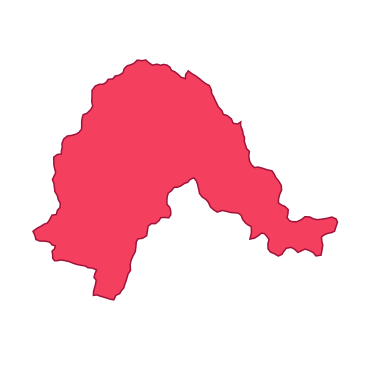 Divino, Minas Gerais, Brazil, rotated 191°
{"feature_id": "56859067B78256320871647", "entity_name": "Divino", "entity_type": "district", "adm_level": 2, "iso_a3": "BRA", "parent_name": "Brazil", "parent_adm1": "Minas Gerais", "projection": "albers", "projection_center": [-42.194, -20.579], "detail": "fine", "context": "isolated", "style": "filled", "palette": "rose", "viewbox_px": 384, "rotation_deg": 191, "n_neighbors": 0, "source": "geoboundaries", "source_scale": "gbopen_adm2", "svg_char_len": 3319}
<svg xmlns="http://www.w3.org/2000/svg" viewBox="0 0 384 384"><g transform="rotate(191 192 192)"><path d="M336.2,115.6L332.1,114.8L329.3,115.3L325.7,115.8L322.1,115.6L319.1,113.3L315.8,113.1L316.2,109.7L318.1,107.3L316.9,104.1L316.1,100.4L313.7,98.3L310.7,99.0L308.0,100.2L303.9,100.4L299.1,100.2L294.5,99.3L290.8,98.9L286.6,98.9L282.5,99.0L279.7,97.8L275.5,98.3L270.8,97.3L271.8,92.7L271.8,89.3L269.2,87.2L269.1,82.5L269.7,76.1L269.1,71.7L266.0,72.8L261.8,72.2L256.1,71.7L251.8,71.2L248.2,71.2L246.9,76.1L243.6,78.5L242.6,81.5L240.7,84.8L240.4,88.3L239.8,91.8L239.4,95.8L239.1,99.3L237.4,103.4L238.8,108.6L238.8,113.0L237.9,117.5L236.3,122.7L236.6,127.4L237.2,132.4L236.1,135.6L231.8,137.1L228.2,140.3L228.3,144.6L228.6,150.0L225.9,153.2L221.8,154.0L218.8,157.7L217.8,160.8L213.9,161.8L209.9,162.2L208.5,165.6L209.2,169.1L211.0,172.7L214.2,175.2L215.0,178.7L215.5,182.8L215.0,186.6L212.5,189.2L210.4,193.2L207.2,193.9L204.4,195.6L201.2,198.8L198.0,200.8L196.3,203.9L192.9,206.3L189.8,203.7L188.0,200.5L186.1,196.2L184.3,191.9L180.9,189.0L176.7,187.2L173.9,184.9L171.2,181.0L167.5,178.7L163.4,177.1L158.5,179.7L153.6,179.5L149.6,179.3L146.3,179.7L142.6,180.1L139.3,178.5L137.2,174.9L133.6,171.8L130.6,170.3L127.4,169.5L126.5,166.4L125.9,162.8L126.2,156.8L121.9,158.6L118.6,161.7L116.0,164.9L113.0,165.0L110.3,163.0L107.4,160.2L107.6,155.6L106.5,150.7L103.5,148.0L99.3,147.1L95.1,145.6L91.8,148.0L90.7,150.9L88.8,154.7L84.3,156.5L80.8,155.6L76.5,152.9L73.2,155.3L70.2,157.5L66.2,157.1L61.3,155.6L58.1,152.9L53.3,154.6L53.3,159.0L53.5,164.8L55.2,168.5L56.3,172.6L54.0,175.2L50.5,177.5L47.3,178.7L44.6,180.7L44.0,185.6L43.4,190.2L45.5,193.1L49.9,194.1L54.6,191.9L59.7,190.0L64.0,188.7L68.0,188.9L71.6,190.0L76.4,189.3L79.3,185.8L83.3,182.9L87.8,182.0L90.8,182.4L93.8,185.0L93.7,189.1L94.2,193.1L98.1,195.6L101.7,196.3L105.0,197.8L105.7,201.0L105.5,206.3L104.4,211.0L105.6,215.4L108.7,219.0L112.5,222.2L115.0,225.6L117.6,228.1L121.9,228.1L127.5,228.8L131.9,229.1L135.4,227.9L138.7,230.0L141.3,233.2L143.2,238.4L143.4,242.8L146.7,245.0L148.6,248.6L150.3,251.6L150.9,255.6L152.8,258.3L153.8,261.3L155.5,264.2L157.1,266.7L157.5,270.1L160.3,267.4L164.7,267.3L167.3,271.3L172.1,273.8L176.1,274.2L178.2,277.6L182.5,280.7L184.4,283.4L186.5,286.0L188.9,289.6L191.4,292.3L192.5,296.0L195.4,299.9L198.8,300.8L201.7,302.1L205.7,304.3L210.1,306.5L214.7,308.1L218.8,310.2L220.6,306.1L220.2,302.0L224.8,302.6L228.0,304.8L231.7,306.7L235.3,307.4L237.5,310.3L240.7,311.8L244.3,311.8L247.0,310.4L250.9,310.8L255.0,309.0L259.4,310.8L262.5,312.8L266.0,311.4L270.9,311.0L273.7,307.0L276.5,305.2L279.7,303.5L282.0,300.3L282.5,295.9L285.7,292.8L289.7,291.1L291.3,287.9L295.8,286.6L297.1,283.4L299.7,280.9L303.6,280.0L307.2,277.6L309.5,272.7L308.4,266.8L307.6,261.3L305.9,257.6L306.9,253.9L310.1,249.3L313.6,247.1L313.9,243.9L313.8,240.4L313.0,236.3L312.4,232.6L314.4,228.9L316.6,226.8L320.8,224.7L325.2,223.1L328.1,219.4L328.9,214.7L327.9,211.0L328.1,207.8L327.5,204.4L331.4,203.1L334.4,199.8L333.4,195.3L332.5,191.4L330.8,187.8L329.5,184.6L330.5,181.1L331.4,177.6L329.2,174.1L328.1,170.7L326.7,166.3L323.5,162.7L321.8,159.0L319.2,155.8L318.6,151.7L320.6,148.5L321.0,143.9L325.0,142.6L326.7,137.0L328.1,133.9L331.2,132.1L333.6,129.7L336.9,127.1L340.6,123.1L337.7,119.0L336.2,115.6Z" fill="#f43f5e" stroke="#9f1239" stroke-width="1.5"/></g></svg>